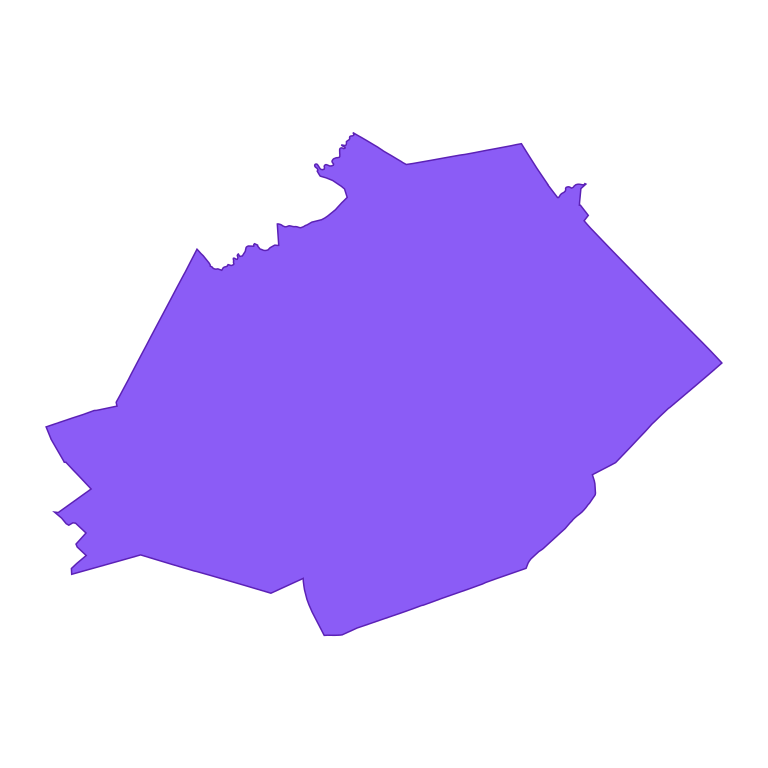 outline of Denta, Timis, Romania
{"feature_id": "2599482B74915539122054", "entity_name": "Denta", "entity_type": "district", "adm_level": 2, "iso_a3": "ROU", "parent_name": "Romania", "parent_adm1": "Timis", "projection": "robinson", "projection_center": [21.251, 45.352], "detail": "fine", "context": "isolated", "style": "filled", "palette": "violet", "viewbox_px": 768, "rotation_deg": 0, "n_neighbors": 0, "source": "geoboundaries", "source_scale": "gbopen_adm2", "svg_char_len": 5906}
<svg xmlns="http://www.w3.org/2000/svg" viewBox="0 0 768 768"><path d="M585.8,507.8L588.0,504.8L589.5,503.2L593.1,497.9L594.3,496.2L595.2,494.8L595.5,493.0L595.4,492.1L594.9,483.8L594.3,480.8L593.0,476.7L592.4,474.7L598.8,471.4L612.6,464.2L615.6,462.6L625.9,451.9L629.9,447.7L639.6,437.4L645.6,431.1L652.1,423.9L655.0,421.2L660.0,416.3L668.6,408.2L669.5,407.7L675.3,402.8L700.0,381.9L709.5,373.8L721.9,363.0L721.3,362.3L711.4,351.8L703.8,344.0L671.2,311.2L656.6,296.4L650.0,289.6L637.1,276.3L630.9,269.9L619.3,258.0L609.5,247.9L590.6,228.2L587.3,224.5L584.1,220.8L588.3,215.4L580.4,205.2L579.4,205.2L579.6,202.0L580.9,188.6L585.9,184.1L584.9,183.6L584.6,184.0L583.9,184.8L583.2,184.8L582.4,184.8L581.5,184.6L579.9,184.3L578.6,184.2L577.3,184.3L575.7,184.8L574.9,185.5L574.2,186.0L573.4,187.2L572.9,187.5L571.5,188.1L571.1,187.9L570.6,187.6L569.8,187.1L568.7,186.8L567.6,186.9L566.3,187.3L566.0,187.6L565.6,188.4L565.7,189.7L565.6,190.0L565.2,191.2L564.0,192.3L562.7,193.0L561.6,193.6L560.4,194.8L560.0,195.4L559.6,196.2L558.9,197.1L558.6,197.5L557.9,197.5L557.5,197.5L547.8,184.8L548.0,184.7L541.5,175.1L536.9,168.3L527.5,153.5L522.7,145.8L521.4,143.7L516.4,144.6L511.3,145.7L493.2,149.1L486.1,150.4L474.3,152.7L465.1,154.4L460.0,155.1L449.9,156.9L431.1,160.3L412.9,163.5L406.2,164.5L405.9,164.3L404.7,163.6L402.8,162.6L401.4,161.6L397.8,159.5L391.0,155.4L388.2,153.8L383.4,151.0L382.2,150.1L379.3,148.2L377.7,147.1L373.8,144.8L367.3,140.9L361.3,137.4L359.3,136.3L352.9,132.6L353.5,133.5L354.0,134.7L353.7,135.0L352.8,135.8L352.0,135.9L351.0,136.0L350.2,136.3L349.8,136.7L349.6,137.3L349.7,138.8L349.4,139.1L349.1,139.7L348.3,140.2L346.9,141.2L346.4,141.7L346.4,142.1L346.5,143.0L346.3,144.2L346.2,144.7L345.5,145.4L344.9,145.4L344.5,145.4L344.2,145.4L343.9,145.4L342.7,145.1L341.8,145.0L341.7,145.3L341.9,145.5L342.4,145.9L343.5,146.4L345.1,147.3L345.0,147.6L344.9,148.3L344.6,148.4L343.9,148.5L343.6,148.6L342.0,147.9L341.4,147.9L340.6,148.1L340.0,148.5L339.8,149.1L339.6,149.9L339.7,150.5L339.6,151.1L339.7,151.6L339.7,153.5L339.9,154.1L339.8,154.6L339.8,155.2L339.8,156.4L339.7,156.6L339.4,157.2L338.8,157.4L337.9,157.6L337.4,157.7L336.6,157.7L335.8,157.9L334.9,158.3L334.0,158.6L333.4,159.0L332.7,159.8L332.1,160.8L332.0,161.4L332.1,161.9L332.6,162.8L333.2,163.5L333.6,164.1L333.5,164.5L333.3,165.2L332.9,165.3L331.7,165.9L331.3,165.9L329.8,166.0L329.3,165.8L328.4,165.4L327.2,164.9L326.1,164.6L325.6,164.7L325.0,165.0L324.5,165.6L324.2,166.1L324.2,166.6L324.4,167.4L324.5,167.9L324.1,169.2L323.7,169.3L323.1,169.5L322.8,169.7L321.0,169.4L320.5,169.0L320.0,168.6L319.4,167.5L318.5,166.1L317.4,164.5L316.9,164.2L316.2,164.0L315.4,164.2L315.1,164.4L314.7,165.1L314.7,165.7L315.0,166.6L315.5,167.2L316.0,167.6L317.1,168.4L317.3,168.7L317.9,170.1L317.4,170.8L317.2,171.1L318.6,173.6L320.1,176.0L320.8,176.3L326.3,177.9L332.7,180.5L338.6,184.5L341.5,186.4L342.4,187.2L344.5,188.9L347.2,197.4L343.2,201.4L341.8,202.7L340.0,204.7L337.6,207.3L335.3,209.9L334.7,210.3L330.8,213.5L327.6,216.1L324.8,218.0L323.3,218.8L321.4,219.8L320.8,219.9L316.4,221.0L314.0,221.6L311.9,222.1L309.3,223.6L306.7,225.1L306.4,225.1L305.9,225.3L305.2,225.6L304.7,225.9L304.2,226.3L302.7,227.0L300.8,227.7L300.3,227.7L299.1,227.5L297.7,227.0L296.6,226.7L295.4,226.6L294.1,226.7L293.5,226.6L292.7,226.5L291.6,226.2L290.6,226.0L289.7,225.8L289.1,225.8L288.3,226.0L286.9,226.6L286.3,226.7L285.6,226.8L284.9,226.8L284.4,226.6L284.0,226.4L283.0,226.0L282.0,225.3L281.0,224.7L280.2,224.4L278.7,224.0L277.7,223.9L277.3,224.0L278.7,244.8L278.7,245.4L278.2,245.4L277.3,245.4L274.9,245.1L274.0,245.5L270.1,247.7L268.0,249.9L266.7,250.3L265.2,250.5L263.8,250.4L262.5,249.9L261.4,249.4L260.3,249.2L259.9,248.8L257.8,246.3L257.6,245.1L254.6,243.7L254.1,244.1L253.8,244.6L253.8,245.6L253.7,246.2L248.3,246.0L247.2,246.5L246.5,247.0L246.1,247.5L246.0,248.0L245.6,249.6L245.3,251.2L245.1,251.6L242.8,255.2L242.4,255.9L241.8,256.0L241.6,256.1L240.5,256.3L239.9,256.4L239.2,255.5L238.4,254.0L238.1,254.1L237.6,254.7L237.3,255.4L237.3,255.8L237.7,256.7L237.9,257.2L237.8,257.9L237.2,259.3L236.7,259.3L236.2,259.3L235.4,258.8L234.8,258.4L233.9,258.1L233.4,258.3L233.3,258.7L233.4,259.7L233.7,260.8L233.6,261.1L233.5,262.0L233.5,262.7L233.9,263.9L233.7,264.2L233.5,264.6L231.9,265.4L231.6,265.4L231.1,265.5L228.1,264.6L227.7,265.2L226.9,266.4L224.2,267.1L223.2,267.8L221.7,270.3L221.4,270.2L221.0,270.0L219.0,269.3L218.3,269.0L217.6,268.9L216.8,269.0L216.0,269.2L214.1,268.8L213.7,268.5L212.6,267.8L212.1,267.0L211.2,266.5L210.3,266.2L210.1,264.7L209.0,262.9L203.2,255.7L200.9,253.5L198.5,250.8L197.0,249.2L190.5,261.8L185.1,272.3L183.7,274.8L176.7,287.9L167.8,304.8L154.2,330.4L150.6,337.2L146.6,344.9L141.7,354.1L136.8,363.4L131.5,373.5L128.3,379.8L123.4,388.9L120.0,395.3L116.2,402.2L116.3,403.0L117.0,406.1L99.9,409.7L96.4,410.4L94.2,410.5L82.3,414.8L72.1,418.1L46.1,426.9L50.9,438.7L51.0,439.1L55.9,447.6L63.6,460.9L64.2,462.2L64.9,462.3L65.6,462.3L66.0,462.3L66.2,462.6L73.2,470.1L78.9,476.0L91.1,489.0L84.4,493.8L58.3,512.5L58.0,512.5L54.5,512.1L61.6,518.1L66.2,523.7L68.8,525.2L72.9,522.8L75.6,523.2L86.0,533.0L76.0,544.1L77.2,547.0L86.2,555.5L76.7,563.5L71.4,568.5L71.7,574.3L120.2,560.7L140.6,554.9L172.7,564.6L194.3,571.0L196.6,571.5L210.4,575.4L246.0,585.8L270.9,593.2L303.2,578.4L303.3,581.3L303.9,585.9L304.5,589.8L305.8,594.9L306.9,599.2L309.0,604.9L312.2,612.2L324.2,635.4L326.2,635.3L327.4,635.2L333.2,635.3L335.2,635.3L340.1,635.1L341.3,634.9L342.0,634.9L357.1,628.0L368.0,624.3L381.0,619.8L389.8,616.8L405.5,611.4L421.6,605.5L423.5,605.1L442.0,598.3L469.8,588.6L478.3,585.5L482.5,584.0L485.7,582.5L496.5,578.6L511.2,573.5L526.1,568.3L528.0,563.3L529.2,561.2L531.0,558.8L534.7,555.4L538.8,551.6L541.7,549.7L543.3,548.5L550.7,541.7L560.0,533.2L565.3,528.4L566.8,526.6L570.0,522.9L571.8,521.1L573.1,519.5L575.1,517.6L577.2,515.8L579.6,514.0L581.9,512.1L583.8,510.1L585.8,507.8Z" fill="#8b5cf6" stroke="#5b21b6" stroke-width="1.5"/></svg>